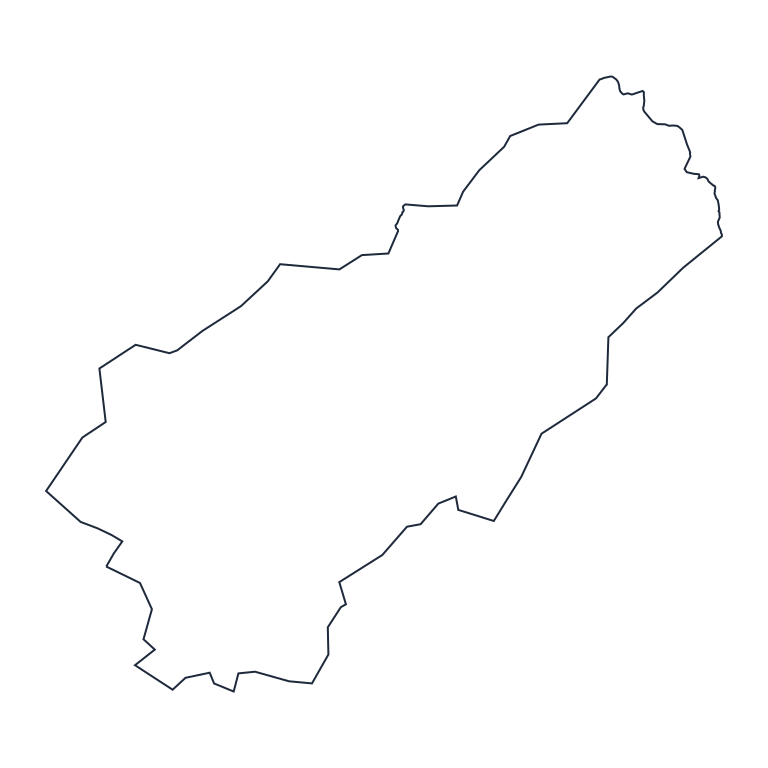 Erdenebulgan, Hövsgöl, Mongolia (Albers equal-area conic projection)
{"feature_id": "93677404B61429445787704", "entity_name": "Erdenebulgan", "entity_type": "district", "adm_level": 2, "iso_a3": "MNG", "parent_name": "Mongolia", "parent_adm1": "Hövsgöl", "projection": "albers", "projection_center": [102.044, 50.219], "detail": "fine", "context": "isolated", "style": "outline", "palette": "slate", "viewbox_px": 768, "rotation_deg": 0, "n_neighbors": 0, "source": "geoboundaries", "source_scale": "gbopen_adm2", "svg_char_len": 2464}
<svg xmlns="http://www.w3.org/2000/svg" viewBox="0 0 768 768"><path d="M135.6,344.8L99.4,368.5L105.7,422.0L82.4,437.5L46.1,491.0L80.6,521.9L97.7,528.4L111.5,535.0L122.3,541.4L113.9,553.3L106.3,566.5L106.2,566.5L140.0,583.0L151.9,609.2L151.9,609.3L143.5,639.3L154.8,649.6L135.0,665.2L172.6,689.7L185.4,677.9L185.5,677.8L209.7,672.7L214.1,683.5L233.7,691.5L238.4,673.4L255.0,671.7L289.1,681.3L312.0,683.4L328.4,654.5L327.8,627.3L340.9,607.1L345.9,604.3L339.3,582.1L382.3,555.0L407.0,526.7L420.6,524.2L438.3,503.6L455.8,496.5L458.3,509.9L493.8,521.0L507.1,499.4L507.3,499.1L521.3,476.8L541.5,433.7L596.0,398.4L606.7,384.5L606.8,384.5L608.4,337.2L623.2,323.1L636.2,308.5L657.5,292.5L683.2,267.7L721.9,236.3L721.8,234.4L721.0,232.8L720.7,230.7L719.1,227.3L718.2,224.4L718.1,223.9L717.9,222.4L718.0,221.5L719.4,218.3L719.7,217.6L719.4,212.3L718.7,211.5L718.6,210.8L719.2,209.9L718.7,205.0L717.8,200.3L716.4,198.5L716.3,198.4L714.6,193.8L714.6,192.6L714.9,191.6L714.8,190.8L714.8,190.3L715.3,188.1L715.2,186.9L714.4,185.7L713.7,185.8L708.7,181.6L707.3,178.8L706.1,177.8L704.8,177.1L703.1,176.7L701.5,177.2L698.6,178.1L699.3,175.7L699.2,174.6L698.7,174.2L694.8,173.9L693.3,173.7L686.8,172.2L684.7,169.2L684.6,168.8L686.3,165.1L690.4,156.6L689.9,153.0L690.2,152.3L687.0,144.4L683.8,134.5L682.3,129.9L679.5,127.4L677.4,125.9L673.4,125.5L669.8,125.7L668.9,125.8L666.0,124.6L665.2,124.4L664.8,124.3L657.3,124.1L652.4,121.3L644.6,112.0L644.5,111.9L643.5,110.1L643.1,107.9L643.8,105.6L644.3,101.1L644.2,99.6L643.8,94.9L643.9,92.2L642.7,91.0L641.6,91.3L632.4,94.4L631.6,94.5L627.9,93.3L623.5,94.4L622.0,93.4L620.2,91.3L619.6,89.3L619.0,84.9L618.5,83.4L618.0,81.9L616.3,79.5L612.5,76.7L610.7,76.5L605.9,77.5L603.7,78.0L601.5,79.0L599.6,79.5L567.2,123.2L538.6,124.6L510.2,136.0L504.2,146.7L479.3,170.2L463.1,191.7L457.1,205.5L428.2,206.3L405.4,204.4L404.8,204.8L403.9,205.6L403.3,206.0L403.0,206.7L402.9,207.2L403.1,207.7L403.3,208.7L403.7,209.7L403.7,210.7L403.4,211.2L403.2,211.6L402.7,211.9L402.4,212.3L402.4,212.7L402.1,213.7L401.6,214.8L401.0,215.3L400.4,215.9L399.8,217.0L399.1,218.6L398.6,219.9L398.2,220.7L397.8,222.0L397.3,223.1L396.6,224.1L396.3,224.4L395.9,224.8L395.6,225.4L395.6,226.2L396.0,227.8L396.4,228.4L397.0,228.8L397.9,229.8L398.0,230.5L398.1,231.1L397.5,232.4L395.8,236.3L388.4,253.5L361.9,255.1L339.4,269.4L280.1,264.2L267.8,281.3L267.7,281.4L240.9,306.2L202.6,330.8L177.1,350.4L169.5,353.2L135.6,344.8Z" fill="none" stroke="#1e293b" stroke-width="2"/></svg>